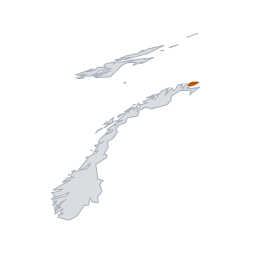 Båtsfjord nor, Finnmark, Norway (highlighted), rotated 342°
{"feature_id": "86288312B97693798592449", "entity_name": "Båtsfjord nor", "entity_type": "district", "adm_level": 2, "iso_a3": "NOR", "parent_name": "Norway", "parent_adm1": "Finnmark", "projection": "equal_earth", "projection_center": [30.184, 70.514], "detail": "fine", "context": "in_parent", "style": "filled", "palette": "amber", "viewbox_px": 256, "rotation_deg": 342, "n_neighbors": 0, "source": "geoboundaries", "source_scale": "gbopen_adm2", "svg_char_len": 4870}
<svg xmlns="http://www.w3.org/2000/svg" viewBox="0 0 256 256"><g transform="rotate(342 128 128)"><path d="M151.4,113.6L142.0,115.2L143.3,116.3L140.7,119.5L130.4,118.2L127.5,122.0L120.3,122.5L115.7,125.6L117.1,128.1L110.5,133.3L104.3,134.5L103.0,140.4L96.8,145.6L99.5,146.5L99.0,149.2L86.0,152.9L83.5,167.2L88.0,170.1L83.6,172.9L83.8,180.1L77.7,184.3L76.6,189.8L71.3,187.6L70.4,182.9L66.6,189.1L62.4,188.2L51.4,196.3L43.1,197.3L33.9,191.4L35.0,189.0L38.2,190.2L40.2,189.1L37.1,188.3L41.4,184.5L32.1,187.3L34.0,183.9L40.5,182.4L37.3,182.1L40.7,179.1L46.9,176.8L40.9,178.2L32.9,183.9L34.0,180.2L37.4,180.0L34.2,177.4L38.1,175.4L34.4,175.8L34.3,172.6L47.9,173.3L52.2,171.3L35.3,171.4L37.3,169.1L35.3,166.0L42.4,166.7L47.3,166.1L37.2,163.8L57.8,159.4L48.7,159.5L54.9,156.6L61.5,158.5L58.8,156.2L62.3,152.8L76.5,153.9L81.8,149.8L71.9,153.5L68.9,152.1L83.2,142.7L90.0,141.8L92.9,140.1L87.8,140.5L94.4,135.7L93.0,134.7L101.2,133.4L95.3,133.8L96.3,131.0L102.6,127.7L111.0,127.1L104.9,126.7L108.5,124.6L112.2,126.2L113.0,125.0L107.7,123.1L115.7,120.3L117.3,122.6L117.0,119.7L125.6,119.0L119.2,118.3L129.6,114.3L130.8,112.3L134.4,113.3L133.0,112.2L139.9,110.2L139.3,112.6L143.9,109.4L142.2,113.1L146.2,112.0L145.7,109.6L154.0,110.1L150.4,107.6L158.7,106.7L162.6,109.1L171.6,102.9L177.8,104.1L173.0,108.4L182.2,103.5L182.6,106.5L185.1,105.9L188.9,102.4L193.7,103.1L190.7,104.9L193.0,105.0L192.4,107.5L196.4,103.8L209.4,106.9L196.0,108.1L201.6,110.6L209.2,111.2L197.1,115.2L199.4,112.3L198.2,111.1L189.7,108.6L179.3,110.9L177.0,115.4L171.9,117.9L156.1,117.1L151.4,113.6ZM126.6,60.1L135.4,61.0L134.2,62.5L138.5,61.7L139.9,62.9L154.9,64.9L142.1,66.3L126.9,73.9L112.1,69.8L129.1,68.2L112.9,68.7L110.8,67.7L130.9,66.1L126.8,65.8L128.8,65.2L117.0,65.0L116.5,66.2L107.9,66.9L98.4,64.1L104.3,64.1L102.1,62.8L97.7,63.4L95.2,61.2L112.2,60.8L113.4,61.1L105.6,61.8L113.3,62.6L118.5,61.1L126.5,64.0L124.1,61.3L126.6,60.1ZM146.3,58.7L160.5,60.1L164.6,58.7L166.3,58.9L165.1,59.7L172.4,59.1L187.9,60.6L169.5,63.2L148.1,62.1L145.6,61.7L151.9,61.2L140.4,61.1L137.8,60.6L141.2,60.2L136.0,59.8L144.0,59.9L143.2,59.2L146.3,59.5L146.3,58.7ZM156.1,65.4L166.4,67.2L164.4,67.8L174.5,68.8L162.4,70.8L160.2,70.6L161.8,69.6L151.7,70.0L156.1,68.1L148.2,65.9L156.1,65.4ZM114.5,118.1L119.5,117.1L104.7,120.5L112.3,117.8L113.2,115.0L117.4,113.6L114.5,118.1ZM122.9,113.0L129.6,112.8L121.5,114.9L122.9,113.0ZM129.7,111.5L139.5,108.9L134.1,111.6L129.7,111.5ZM93.8,64.3L100.6,66.1L102.0,66.9L96.6,66.0L93.8,64.3ZM110.4,115.3L111.2,117.8L106.0,117.2L110.4,115.3ZM163.5,104.1L159.6,105.7L154.6,105.0L160.5,104.7L163.5,104.1ZM164.1,105.3L162.2,107.2L160.1,106.7L164.1,105.3ZM98.6,120.7L103.9,120.2L98.0,121.8L98.6,120.7ZM223.5,59.6L211.9,59.9L223.9,59.6L223.5,59.6ZM195.2,64.0L201.9,64.3L191.7,64.5L195.2,64.0ZM175.0,102.8L178.9,102.4L180.1,102.7L175.0,102.8ZM166.6,104.8L165.7,105.8L164.8,104.9L166.6,104.8ZM146.1,107.6L145.9,108.7L144.5,108.3L146.1,107.6ZM140.0,83.7L139.4,84.5L137.7,83.8L140.0,83.7ZM186.7,65.1L183.6,65.0L183.3,64.7L186.7,65.1ZM80.2,142.7L81.0,143.7L78.2,143.5L80.2,142.7ZM139.7,107.4L141.5,107.8L142.6,108.4L139.7,107.4ZM138.2,59.1L139.5,59.5L137.5,59.3L138.2,59.1ZM63.8,152.1L60.5,152.2L64.1,151.6L63.8,152.1ZM58.8,153.8L57.4,154.7L56.9,154.2L58.8,153.8ZM97.1,122.1L95.3,123.0L97.4,121.5L97.1,122.1ZM33.5,177.8L32.8,179.4L33.0,177.3L33.5,177.8ZM91.6,134.9L91.0,134.1L92.0,134.2L91.6,134.9ZM202.5,109.6L202.1,110.5L201.9,110.3L202.5,109.6ZM92.4,135.7L90.5,135.9L92.8,135.5L92.4,135.7ZM86.6,137.5L86.7,138.3L85.8,138.0L86.6,137.5ZM34.0,171.3L33.0,172.3L33.3,171.5L34.0,171.3Z" fill="#d9dde1" stroke="#a8b0b8" stroke-width="1"/><path d="M204.0,107.2L205.8,106.7L208.1,106.2L207.9,106.1L207.7,106.1L207.4,106.0L207.1,106.0L207.1,105.9L207.0,106.0L207.0,105.9L207.3,105.8L207.2,105.7L207.3,105.7L207.2,105.7L206.9,105.7L206.7,105.7L206.4,105.7L206.2,105.6L205.9,105.7L206.0,105.7L205.9,105.7L205.7,105.7L205.1,105.8L204.8,105.8L204.4,105.9L204.2,105.9L204.3,105.9L204.2,105.9L203.8,105.8L203.7,105.8L203.6,105.7L203.7,105.8L203.8,105.8L204.0,105.8L204.3,105.8L204.3,105.7L204.2,105.7L204.5,105.7L204.8,105.7L205.0,105.6L205.3,105.5L205.4,105.4L205.5,105.4L205.4,105.3L205.3,105.2L205.2,105.2L204.9,105.1L204.7,105.1L204.3,105.1L204.2,105.1L204.3,105.0L204.5,105.0L204.8,105.0L204.8,104.9L204.7,104.9L204.4,104.8L204.2,104.8L204.1,104.7L203.9,104.7L203.7,104.7L203.4,104.7L203.2,104.7L203.2,104.8L202.9,104.9L202.7,105.0L202.4,105.1L202.1,105.2L201.8,105.3L201.6,105.3L201.6,105.2L201.8,105.2L201.7,105.2L201.8,105.2L202.0,105.1L202.3,105.0L202.1,105.0L202.3,104.9L202.3,104.7L202.2,104.6L200.6,105.2L200.5,105.4L199.4,105.7L198.7,106.0L198.8,106.1L199.0,106.2L199.3,106.3L199.5,106.3L200.0,106.4L200.8,106.7L201.5,106.8L201.4,106.9L201.0,107.0L201.4,107.0L201.9,107.0L202.2,107.0L202.3,107.0L202.7,107.0L203.1,107.1L203.4,107.1L204.0,107.2Z" fill="#f59e0b" stroke="#b45309" stroke-width="1.5"/></g></svg>